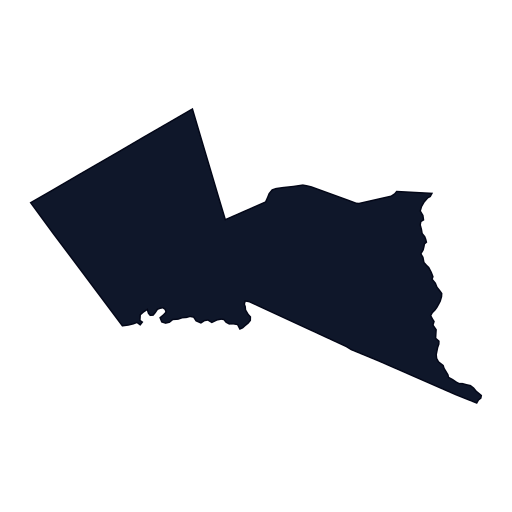 Governador Eugênio Barros, Maranhão, Brazil
{"feature_id": "56859067B76499051658500", "entity_name": "Governador Eugênio Barros", "entity_type": "district", "adm_level": 2, "iso_a3": "BRA", "parent_name": "Brazil", "parent_adm1": "Maranhão", "projection": "orthographic", "projection_center": [-43.999, -5.389], "detail": "fine", "context": "isolated", "style": "filled", "palette": "ink", "viewbox_px": 512, "rotation_deg": 0, "n_neighbors": 0, "source": "geoboundaries", "source_scale": "gbopen_adm2", "svg_char_len": 1987}
<svg xmlns="http://www.w3.org/2000/svg" viewBox="0 0 512 512"><path d="M476.7,403.0L478.4,400.0L480.8,398.1L481.3,395.5L476.1,391.2L473.6,388.1L470.4,385.6L466.7,384.8L462.3,383.6L459.1,383.6L456.5,382.3L452.6,379.6L448.5,377.4L447.9,374.8L444.0,368.3L443.1,365.5L438.5,361.9L436.6,358.5L436.2,354.6L437.6,347.5L438.8,344.1L438.9,341.2L435.6,338.3L435.8,334.5L436.1,329.7L432.9,325.1L434.0,321.5L432.4,319.0L430.6,315.6L432.3,312.6L434.9,310.0L436.8,307.4L438.7,304.0L440.2,301.1L441.5,296.7L441.7,293.5L439.4,290.3L436.9,287.2L435.3,283.2L432.0,279.2L432.9,276.7L431.2,272.3L428.7,267.5L426.5,265.4L423.9,262.5L422.9,257.3L420.8,253.8L423.1,249.9L423.9,246.7L424.4,243.9L426.4,242.2L425.7,239.4L424.7,236.7L422.1,233.5L421.4,229.4L420.2,224.9L420.8,221.5L423.5,219.9L422.9,215.5L420.2,211.0L421.5,206.5L424.0,202.1L427.7,197.8L430.2,196.5L431.9,193.4L396.7,191.5L394.8,193.8L391.2,196.2L381.0,198.5L359.0,203.5L356.2,203.3L348.2,200.3L338.0,196.6L311.3,186.9L306.7,185.8L302.8,185.1L293.4,186.5L283.0,187.6L276.0,188.6L272.2,189.9L269.2,193.6L267.6,197.6L265.6,202.0L225.3,219.7L218.1,195.7L199.7,133.7L192.4,109.0L164.4,125.2L143.6,137.2L115.4,153.7L80.2,174.0L51.1,191.0L30.7,202.7L53.4,233.7L70.7,256.7L122.4,325.8L128.4,325.0L133.3,323.8L137.0,322.4L140.2,324.8L142.3,322.1L139.9,320.4L140.2,314.8L143.4,312.0L147.3,309.4L148.5,313.3L150.2,315.3L153.1,315.1L155.1,312.7L157.4,309.3L159.9,308.3L162.9,307.7L165.2,309.4L166.1,312.1L163.6,314.8L160.1,317.7L161.8,321.9L165.6,323.1L169.4,322.2L172.7,319.5L178.1,319.1L182.2,317.7L186.4,317.4L190.0,316.4L193.7,317.1L196.1,320.8L200.9,322.9L204.4,320.6L207.9,320.0L211.8,322.4L217.0,319.9L221.2,319.1L223.9,319.5L226.1,322.2L229.2,323.9L233.3,323.8L237.6,324.5L239.9,329.0L242.6,327.8L244.9,325.7L248.1,323.1L250.3,320.4L250.4,316.9L248.1,314.4L245.5,310.0L245.2,306.7L244.3,304.1L245.2,300.9L249.4,301.7L346.3,346.5L351.3,349.6L378.7,360.9L425.1,381.2L455.7,394.6L476.7,403.0Z" fill="#0f172a" stroke="#020617" stroke-width="1.5"/></svg>